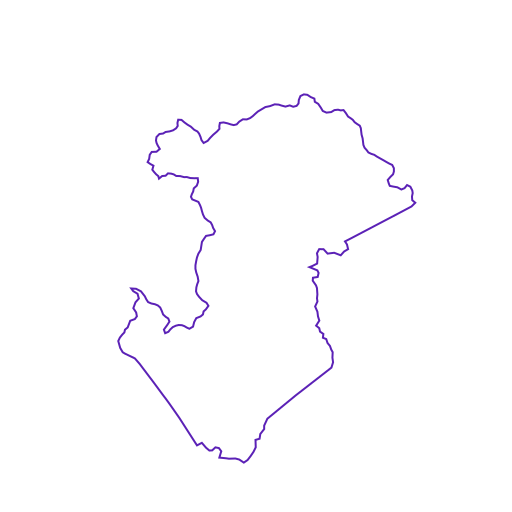 Mantena, Minas Gerais, Brazil, rotated 52°
{"feature_id": "56859067B95607372765312", "entity_name": "Mantena", "entity_type": "district", "adm_level": 2, "iso_a3": "BRA", "parent_name": "Brazil", "parent_adm1": "Minas Gerais", "projection": "robinson", "projection_center": [-41.115, -18.682], "detail": "fine", "context": "isolated", "style": "outline", "palette": "violet", "viewbox_px": 512, "rotation_deg": 52, "n_neighbors": 0, "source": "geoboundaries", "source_scale": "gbopen_adm2", "svg_char_len": 3843}
<svg xmlns="http://www.w3.org/2000/svg" viewBox="0 0 512 512"><g transform="rotate(52 256 256)"><path d="M156.7,256.8L158.8,254.0L161.9,255.9L164.1,259.3L164.4,263.4L166.5,265.8L167.8,268.5L169.3,270.8L172.1,271.4L174.9,269.8L177.9,268.1L181.5,268.8L184.2,269.6L187.2,270.9L190.6,272.2L194.3,273.0L198.3,272.2L201.6,271.0L204.6,271.5L207.5,272.5L211.2,273.0L212.7,276.2L211.2,279.6L209.4,283.0L210.4,286.3L211.6,289.9L214.3,292.8L217.2,295.9L218.7,300.0L220.8,303.4L223.2,306.3L226.0,309.4L228.8,311.6L232.1,313.2L236.4,314.7L240.3,316.8L242.1,319.8L244.0,322.3L246.9,325.0L249.6,325.9L253.0,326.0L257.7,325.6L262.4,323.8L266.0,324.2L267.2,328.4L267.4,331.4L269.4,333.8L269.5,336.9L268.2,341.3L270.0,345.4L272.9,349.1L272.3,353.3L269.8,354.6L267.2,355.6L264.9,357.0L262.8,359.4L261.6,362.0L260.8,365.4L261.1,368.8L261.8,371.7L260.9,375.1L257.3,373.9L255.7,368.3L254.4,364.6L251.2,363.6L248.4,364.6L244.9,365.2L241.4,364.1L237.6,363.2L234.5,363.8L231.7,365.4L229.0,367.7L225.9,369.4L222.5,369.1L219.3,368.4L216.6,368.4L213.0,368.4L208.0,370.7L204.8,374.3L208.1,374.4L212.8,372.6L217.4,374.5L218.3,379.5L221.6,384.8L226.7,385.2L230.2,387.0L231.1,390.3L229.6,395.0L233.3,401.1L233.4,404.6L235.2,406.8L235.6,409.8L236.5,413.5L238.2,416.9L244.8,419.6L249.8,420.3L252.4,419.3L262.1,414.5L269.5,414.1L274.1,414.2L293.0,414.5L307.7,414.9L314.1,415.0L319.6,415.2L336.3,416.1L368.9,419.1L369.9,413.7L376.3,413.4L380.6,412.5L382.2,410.2L381.8,405.8L384.5,403.5L388.5,403.6L392.3,409.0L397.0,404.1L399.1,402.1L402.9,396.9L406.1,394.5L411.3,392.8L411.6,388.3L410.4,383.6L408.8,378.6L406.6,374.0L400.6,369.6L402.2,365.7L398.9,362.2L397.4,356.1L394.7,354.0L391.2,347.2L390.3,310.5L390.4,265.3L387.2,260.7L383.2,258.4L379.0,254.8L376.0,254.3L372.4,253.1L368.6,253.2L364.7,251.8L361.6,253.6L358.9,250.9L355.0,252.1L351.8,250.6L347.9,251.5L345.9,245.9L341.7,244.3L337.7,241.9L332.2,240.5L329.7,235.6L326.9,234.0L324.1,231.3L318.8,227.7L316.1,226.8L310.4,226.5L308.2,224.5L310.5,220.3L307.9,217.1L305.1,216.5L297.7,220.7L298.6,217.6L299.6,212.5L294.7,208.0L291.4,206.3L289.5,202.0L292.2,198.6L298.2,198.1L301.6,192.4L307.6,188.8L306.7,183.8L307.3,179.2L302.9,177.2L299.3,176.9L300.6,170.1L309.9,118.8L312.7,103.0L312.1,97.7L308.2,98.5L305.2,96.5L302.9,93.8L300.6,92.5L296.4,91.7L293.1,93.3L294.0,97.2L293.1,100.5L288.9,102.3L285.8,105.1L283.1,107.4L280.6,106.7L277.2,105.4L276.4,101.3L276.0,97.7L274.3,95.3L271.7,93.3L268.1,92.6L265.4,94.0L262.1,95.4L259.3,96.5L255.5,98.1L251.9,99.6L249.1,100.5L246.6,102.2L243.6,103.7L240.9,103.6L237.5,103.8L234.6,103.0L231.5,101.1L229.0,99.6L225.4,98.1L222.4,96.3L219.8,94.7L217.2,94.0L214.1,95.1L211.3,95.9L208.2,95.9L205.7,96.6L202.8,97.6L198.6,97.2L194.9,97.2L193.4,99.6L191.2,101.3L189.3,104.4L188.9,108.1L186.4,112.2L182.8,114.1L179.1,113.6L174.4,113.3L170.7,114.7L167.9,113.1L164.5,115.0L160.6,116.3L158.1,118.8L157.3,122.5L159.4,126.2L162.0,128.6L162.7,131.6L161.3,134.8L158.1,136.7L156.4,140.8L153.0,143.4L150.7,144.9L148.0,147.9L146.5,152.7L144.4,156.9L143.8,161.6L143.3,165.6L143.5,169.0L143.8,172.5L143.7,175.7L142.7,179.2L140.2,182.2L139.8,186.5L140.4,190.2L139.1,193.0L136.7,194.9L134.0,196.7L130.8,199.3L128.9,202.5L131.1,205.0L133.3,206.5L133.9,210.2L134.1,215.0L134.7,219.5L135.5,223.2L134.7,227.7L131.1,227.6L128.0,226.4L124.5,225.5L121.8,225.5L118.5,227.0L114.0,227.7L110.4,229.1L106.5,230.2L102.9,230.9L100.7,233.4L102.8,236.0L105.3,237.6L106.2,240.3L105.9,244.0L104.6,247.4L102.6,250.9L102.3,253.8L100.4,257.0L101.0,261.2L103.4,263.7L105.8,264.8L108.4,265.4L112.4,265.9L112.6,270.2L109.8,274.1L110.8,277.4L113.7,280.4L115.3,283.6L118.5,282.6L121.7,281.2L124.2,284.6L126.9,284.6L130.1,284.4L132.9,283.8L135.3,284.8L135.2,280.7L137.1,277.8L136.7,274.5L138.8,272.2L141.0,270.6L143.8,269.6L146.3,266.6L149.6,264.1L151.2,261.9L154.1,259.8L156.7,256.8Z" fill="none" stroke="#5b21b6" stroke-width="2"/></g></svg>